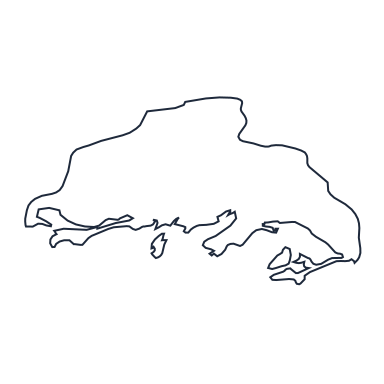 outline of Khánh Hòa, rotated 89°
{"feature_id": "VNM-479", "entity_name": "Khánh Hòa", "entity_type": "Province", "adm_level": 1, "iso_a3": "VNM", "parent_name": "Vietnam", "parent_adm1": "", "projection": "equal_earth", "projection_center": [109.201, 12.32], "detail": "fine", "context": "isolated", "style": "outline", "palette": "slate", "viewbox_px": 384, "rotation_deg": 89, "n_neighbors": 0, "source": "natural_earth", "source_scale": "10m", "svg_char_len": 4069}
<svg xmlns="http://www.w3.org/2000/svg" viewBox="0 0 384 384"><g transform="rotate(89 192 192)"><path d="M265.7,30.7L264.0,31.2L262.0,33.7L263.5,36.2L263.8,40.0L263.6,44.4L263.7,48.8L274.1,75.4L277.7,80.8L281.2,80.9L285.4,85.1L286.1,86.4L285.6,88.8L284.2,89.7L282.6,90.2L281.2,91.8L280.7,96.5L281.5,109.3L281.2,113.2L278.6,115.2L276.2,111.6L273.3,102.3L272.4,100.8L271.3,99.9L270.5,98.4L270.1,95.0L270.8,94.4L274.9,89.5L274.9,87.5L270.1,76.6L269.6,79.6L268.3,81.1L266.3,81.5L263.7,80.9L264.6,83.7L265.0,86.4L264.6,89.0L263.7,91.8L262.4,88.7L260.8,86.4L258.6,85.2L255.8,85.2L260.0,77.3L260.5,75.7L261.5,74.8L263.7,73.7L265.9,71.9L266.9,69.1L266.1,64.1L262.0,57.0L260.5,53.1L260.5,43.6L259.7,42.2L257.1,43.0L256.3,44.9L256.0,47.4L254.9,49.8L246.9,56.8L244.6,59.5L238.9,68.9L235.6,73.0L232.5,74.7L230.5,76.8L223.8,89.5L223.7,92.5L224.5,104.7L222.8,106.8L223.0,111.6L223.8,116.7L223.8,119.7L224.5,120.0L225.0,120.0L225.4,120.3L225.3,121.8L227.0,121.8L227.8,118.6L228.2,115.0L229.2,112.0L231.8,111.1L231.8,109.2L230.2,109.2L230.2,106.8L234.1,108.6L233.6,112.8L231.5,118.0L230.2,122.8L231.3,128.4L234.2,132.4L245.6,142.3L246.8,144.9L244.4,151.4L244.6,154.5L245.6,157.1L246.9,158.2L250.3,159.8L254.5,163.6L256.7,167.9L254.0,171.2L255.8,173.4L254.0,175.5L251.2,171.1L249.6,174.0L248.1,179.3L245.4,182.1L241.9,180.6L239.5,176.9L236.4,169.1L226.3,154.2L219.2,148.3L212.5,149.6L213.7,151.5L214.9,154.9L215.7,156.3L213.3,154.9L212.5,154.1L210.9,154.1L212.1,158.3L215.8,163.5L217.3,167.0L221.8,165.9L224.2,170.8L225.1,178.3L225.3,185.2L226.0,187.8L227.6,191.1L229.5,193.8L232.5,196.4L232.5,199.2L231.1,200.9L228.4,199.3L227.0,199.3L226.1,201.3L223.8,209.8L218.6,206.7L217.3,205.5L218.6,208.2L220.7,210.6L225.3,214.3L223.8,219.0L224.8,222.7L226.8,225.9L228.4,229.3L222.3,227.0L219.9,227.7L219.0,231.4L220.5,229.5L220.5,229.3L223.7,231.5L224.9,233.9L225.3,238.0L225.7,240.2L225.6,241.2L226.0,242.5L227.7,245.3L228.9,249.0L227.9,251.8L225.3,255.2L225.0,257.9L225.9,270.9L227.5,276.4L234.1,293.1L236.3,296.4L242.9,302.5L242.9,304.5L242.1,310.0L242.1,311.1L238.1,315.4L238.0,320.6L239.2,325.2L241.5,328.7L244.6,330.4L244.6,332.7L240.8,334.7L237.0,334.4L233.8,332.2L231.8,328.2L231.0,328.9L229.3,329.7L228.4,330.4L226.5,320.9L228.0,298.0L225.3,287.3L227.0,287.3L221.7,268.8L219.4,255.3L217.2,251.6L214.1,257.1L217.1,264.5L218.2,265.7L218.5,266.8L217.3,275.6L218.6,278.8L224.0,285.5L225.3,290.5L224.6,299.6L222.4,308.6L218.4,316.9L212.5,323.9L208.0,324.9L205.4,335.1L206.7,345.6L214.1,347.5L215.3,344.6L218.7,338.4L222.2,333.3L223.8,333.7L222.9,338.2L221.3,342.2L221.0,346.4L223.8,351.8L223.6,358.6L222.2,359.0L218.7,359.3L215.7,359.2L207.3,357.4L202.6,355.7L199.0,352.8L196.1,349.0L193.2,342.2L191.4,332.0L190.1,327.9L187.8,324.3L183.8,321.3L169.1,315.4L153.8,312.2L150.6,310.1L147.5,306.7L145.1,299.8L143.7,294.5L139.3,281.9L134.1,260.4L131.7,253.3L127.6,246.6L124.2,242.7L110.6,235.4L107.8,207.3L104.8,198.7L101.8,197.2L98.7,176.5L97.9,162.9L98.4,151.6L99.4,145.1L100.7,142.1L102.2,140.5L104.0,140.3L109.2,141.7L110.7,141.7L112.4,141.1L116.7,138.1L119.2,136.9L121.6,136.3L124.0,136.5L126.3,137.5L134.7,143.7L137.6,144.7L140.6,143.1L142.1,140.2L144.5,129.7L146.9,122.5L147.9,118.0L147.9,114.5L147.0,111.9L146.6,107.3L146.9,101.1L150.3,87.9L152.4,82.2L154.4,78.5L156.3,77.2L158.1,76.4L160.4,76.1L165.1,76.2L167.3,75.5L169.2,74.1L184.8,56.2L193.3,55.8L196.7,53.6L200.2,49.9L206.9,38.9L212.2,32.7L216.9,29.1L221.7,26.7L226.2,25.6L231.0,25.3L240.6,26.0L251.1,24.7L255.9,24.7L260.2,26.0L262.8,27.7L265.7,30.7ZM267.7,103.5L269.5,109.5L270.4,113.2L269.3,117.2L265.5,115.6L257.0,107.8L255.6,105.2L254.2,103.0L251.4,102.1L248.8,99.6L250.7,95.3L256.7,94.3L262.0,95.4L265.3,96.6L267.0,99.8L267.7,103.5ZM252.6,222.8L254.4,223.9L255.8,225.4L256.8,227.2L257.4,229.3L256.3,230.5L253.8,232.8L252.6,233.5L251.3,231.5L249.8,230.3L248.1,230.2L246.1,231.4L246.8,232.1L247.1,232.0L247.3,232.2L247.7,233.5L243.1,233.0L238.8,229.9L235.4,226.0L233.2,222.8L233.2,220.7L234.8,221.3L238.1,222.1L239.7,222.8L239.6,221.7L239.7,218.4L244.0,220.6L252.6,222.8Z" fill="none" stroke="#1e293b" stroke-width="2"/></g></svg>